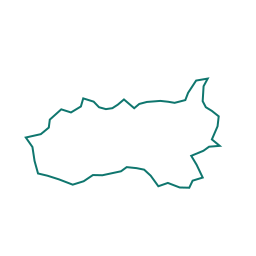 Dali, Nicosia, Cyprus (Robinson projection), rotated 111°
{"feature_id": "46923920B65421651141260", "entity_name": "Dali", "entity_type": "district", "adm_level": 2, "iso_a3": "CYP", "parent_name": "Cyprus", "parent_adm1": "Nicosia", "projection": "robinson", "projection_center": [33.409, 35.042], "detail": "fine", "context": "isolated", "style": "outline", "palette": "teal", "viewbox_px": 256, "rotation_deg": 111, "n_neighbors": 0, "source": "geoboundaries", "source_scale": "gbopen_adm2", "svg_char_len": 808}
<svg xmlns="http://www.w3.org/2000/svg" viewBox="0 0 256 256"><g transform="rotate(111 128 128)"><path d="M53.3,71.3L59.3,81.4L73.6,84.5L81.4,84.5L87.8,93.5L89.1,99.9L91.1,107.5L96.9,119.7L101.5,126.1L107.3,129.3L102.8,142.0L109.9,145.9L115.1,149.7L118.3,155.4L119.0,162.5L115.7,169.5L116.4,180.4L124.8,179.7L133.9,186.8L134.5,197.0L148.2,204.0L156.0,202.1L165.0,207.2L173.5,220.0L180.0,210.4L192.3,203.4L202.7,195.7L201.4,186.1L200.7,174.0L200.7,159.3L193.6,150.3L184.5,143.9L181.3,135.0L170.9,119.0L165.0,115.2L162.4,105.6L161.1,98.0L164.4,89.7L171.5,78.8L165.0,71.1L165.0,58.4L161.8,49.4L154.0,48.8L147.5,40.5L137.8,50.7L131.3,59.0L122.2,49.4L116.4,45.6L111.8,36.0L108.6,45.6L94.3,45.0L84.6,47.5L82.0,55.8L80.7,62.8L76.2,67.9L61.9,72.4L53.3,71.3Z" fill="none" stroke="#0f766e" stroke-width="2"/></g></svg>